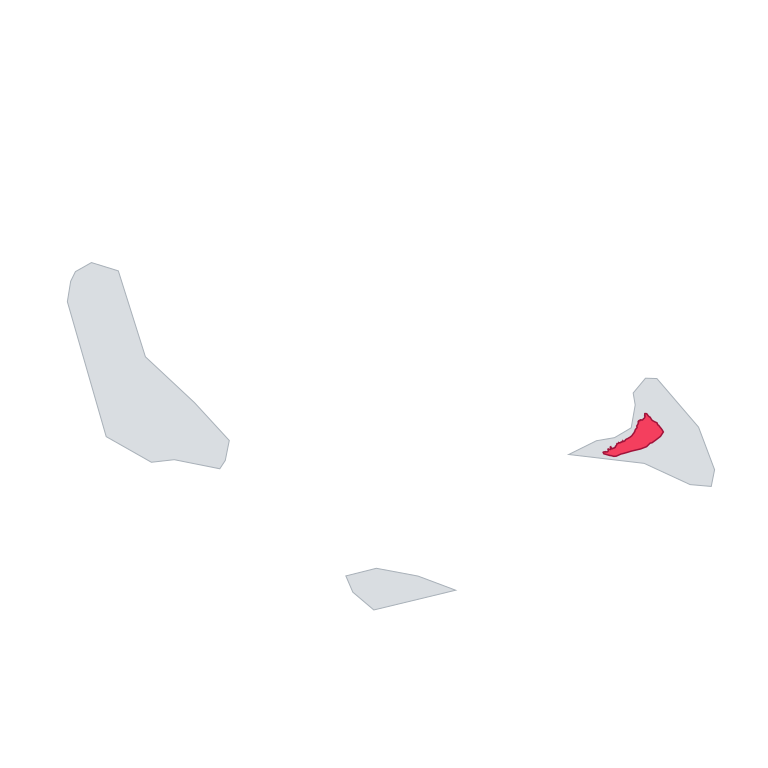 location of Mutsamudu, Andjouân, Comoros, rotated 339°
{"feature_id": "10938185B74704582538531", "entity_name": "Mutsamudu", "entity_type": "district", "adm_level": 2, "iso_a3": "COM", "parent_name": "Comoros", "parent_adm1": "Andjouân", "projection": "orthographic", "projection_center": [44.366, -12.183], "detail": "fine", "context": "in_parent", "style": "filled", "palette": "rose", "viewbox_px": 768, "rotation_deg": 339, "n_neighbors": 0, "source": "geoboundaries", "source_scale": "gbopen_adm2", "svg_char_len": 4051}
<svg xmlns="http://www.w3.org/2000/svg" viewBox="0 0 768 768"><g transform="rotate(339 384 384)"><path d="M208.4,398.5L200.3,404.3L161.1,379.5L138.8,373.7L105.8,333.6L117.9,193.7L128.3,175.8L136.2,168.5L154.4,165.8L176.5,183.2L171.0,273.1L200.4,333.5L219.3,381.3L208.4,398.5ZM640.7,476.7L662.2,537.0L661.9,582.5L652.8,596.9L633.7,587.6L598.4,551.3L531.1,516.0L562.0,513.1L580.0,516.7L599.1,513.5L611.0,493.6L613.4,481.7L630.2,472.3L640.7,476.7ZM346.9,575.5L377.0,602.2L293.5,591.3L280.3,567.2L279.6,549.5L310.8,553.3L346.9,575.5Z" fill="#d9dde1" stroke="#a8b0b8" stroke-width="1"/><path d="M623.3,532.0L627.6,528.9L627.3,526.8L626.9,525.1L626.2,523.0L625.6,521.0L624.9,520.1L625.0,518.2L624.5,517.6L623.2,516.3L622.2,515.1L621.3,514.0L620.8,512.0L620.6,510.4L620.1,510.0L619.2,508.2L618.8,506.3L618.1,505.5L616.9,505.1L616.7,505.5L616.6,505.8L616.4,506.2L616.3,506.4L616.3,506.6L616.2,506.7L616.0,507.0L615.9,507.1L615.9,507.3L616.0,507.3L616.2,507.5L616.0,507.9L615.9,508.1L615.7,508.3L615.6,508.5L615.4,508.7L615.3,508.8L615.0,509.0L614.7,509.2L614.4,509.3L614.0,509.4L613.7,509.4L613.5,509.6L613.3,509.8L613.0,510.0L612.7,510.1L612.3,510.2L612.0,510.2L611.9,510.1L611.6,510.0L611.5,509.8L611.4,509.7L611.2,509.7L610.9,509.5L610.8,509.4L610.7,509.4L610.4,509.4L610.2,509.5L609.9,509.6L609.7,509.8L609.6,509.7L609.4,509.5L608.9,509.7L609.0,509.8L608.8,509.8L608.6,509.7L608.4,509.9L608.2,509.9L608.0,510.1L607.9,510.2L607.8,510.3L608.0,510.5L607.8,510.8L607.7,510.8L607.6,511.0L607.7,511.3L607.5,511.6L607.2,511.8L607.1,512.0L606.8,512.3L606.7,512.4L606.5,512.6L606.3,512.8L605.8,513.1L605.6,513.3L605.2,513.6L604.9,513.8L604.9,514.1L604.8,514.4L604.8,514.5L604.8,514.8L604.8,515.0L604.7,515.3L604.4,515.5L604.1,515.7L603.9,515.8L603.3,516.1L602.9,516.3L602.6,516.5L602.4,516.6L602.1,516.9L601.9,517.1L601.7,517.3L601.5,517.6L601.4,517.8L601.3,518.0L601.2,518.2L600.9,518.4L600.8,518.5L600.6,518.5L600.4,518.7L600.2,518.9L600.1,519.1L599.9,519.2L599.7,519.3L599.3,519.5L599.1,519.6L598.8,519.8L598.7,519.9L598.5,520.0L598.2,520.2L598.0,520.3L597.8,520.5L597.7,520.6L597.3,520.8L597.0,521.0L596.9,521.1L596.3,521.3L595.8,521.5L595.5,521.5L595.4,521.6L595.2,521.6L594.9,521.7L594.7,521.8L594.3,521.9L593.4,522.0L592.7,522.1L592.3,522.2L592.1,522.3L591.8,522.3L591.6,522.3L591.4,522.3L590.8,522.3L590.6,522.3L590.2,522.4L589.9,522.5L589.7,522.5L589.3,522.7L589.2,522.9L589.0,523.1L588.9,523.2L588.6,523.3L588.4,523.3L588.2,523.4L587.4,523.6L587.1,523.6L586.9,523.5L586.8,523.4L586.8,523.2L586.7,523.2L586.4,523.0L586.4,522.9L586.3,523.0L586.2,523.0L586.0,522.9L585.9,523.0L585.7,523.2L585.6,523.3L585.3,523.5L585.1,523.5L585.0,523.4L584.9,523.3L584.9,523.2L584.7,523.1L584.3,523.2L584.2,523.2L584.1,523.3L583.9,523.5L583.5,523.5L583.1,523.4L582.7,523.2L582.3,523.0L582.2,522.9L582.1,523.2L582.0,523.3L581.7,523.3L580.9,523.3L580.6,523.2L580.2,523.1L579.8,523.5L579.6,523.8L579.6,524.0L579.4,524.2L578.9,524.6L578.5,524.9L578.3,524.9L578.2,524.9L577.8,525.1L577.7,525.3L577.5,525.6L577.4,525.8L577.2,526.1L576.8,526.1L576.8,525.9L576.7,525.9L576.5,526.0L575.9,526.1L575.8,526.3L575.6,526.3L575.4,526.3L575.0,526.0L574.8,526.0L574.7,526.2L574.4,526.2L574.2,526.3L574.0,526.2L573.9,526.1L573.7,526.1L573.4,525.7L573.4,525.2L573.3,524.7L573.2,524.2L573.2,523.9L572.9,524.0L572.8,523.9L572.6,524.0L572.7,524.3L572.7,525.1L572.6,525.3L572.6,525.6L572.5,525.8L572.5,526.0L572.3,526.2L572.0,526.3L571.9,526.3L571.6,526.0L571.5,525.9L571.2,525.8L570.7,525.5L570.4,525.2L570.2,525.3L570.1,525.2L570.0,525.3L569.9,525.2L569.8,525.3L569.7,525.3L569.7,525.6L569.6,525.8L569.6,526.0L569.7,526.4L569.6,526.6L569.3,526.8L569.0,527.1L568.7,527.3L568.2,527.4L567.9,527.3L567.1,526.9L566.9,526.9L566.8,526.6L566.7,526.6L566.3,526.7L565.9,526.6L565.7,526.5L565.5,526.4L565.4,526.3L565.3,526.2L565.1,526.2L564.7,526.2L564.1,526.3L564.2,527.9L569.5,531.9L570.2,532.1L572.6,533.9L574.9,534.6L580.2,534.3L582.2,534.6L586.4,535.0L590.9,535.3L600.4,536.6L606.7,536.6L611.2,534.6L613.2,534.9L617.6,533.7L623.3,532.0Z" fill="#f43f5e" stroke="#9f1239" stroke-width="1.5"/></g></svg>